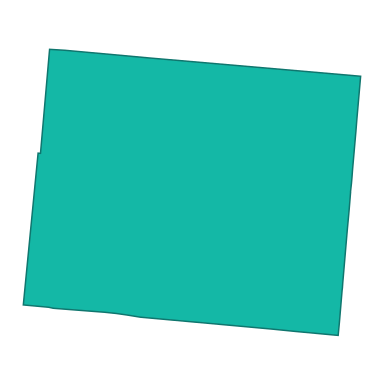 outline of Baca, Colorado, United States of America, rotated 5°
{"feature_id": "52423323B14661971146918", "entity_name": "Baca", "entity_type": "district", "adm_level": 2, "iso_a3": "USA", "parent_name": "United States of America", "parent_adm1": "Colorado", "projection": "equal_earth", "projection_center": [-102.362, 37.319], "detail": "fine", "context": "isolated", "style": "filled", "palette": "teal", "viewbox_px": 384, "rotation_deg": 5, "n_neighbors": 0, "source": "geoboundaries", "source_scale": "gbopen_adm2", "svg_char_len": 741}
<svg xmlns="http://www.w3.org/2000/svg" viewBox="0 0 384 384"><g transform="rotate(5 192 192)"><path d="M136.8,62.2L53.3,61.9L37.7,62.3L37.7,166.7L35.3,166.7L33.8,319.2L59.2,319.3L63.8,319.9L64.2,319.9L66.0,319.9L107.7,319.5L115.3,319.4L120.5,319.5L127.0,319.6L132.6,319.9L138.0,320.2L151.3,321.2L255.2,321.5L283.9,321.6L299.8,321.8L307.1,321.9L346.4,322.1L350.1,322.1L350.2,309.4L350.2,307.0L350.2,306.4L350.2,305.5L350.2,305.3L350.1,276.7L350.2,274.5L350.1,269.3L350.1,262.6L350.0,216.0L350.1,200.3L350.1,195.5L350.0,178.3L349.9,178.2L350.1,169.4L350.1,163.7L350.0,155.4L350.0,145.5L350.0,131.7L350.0,117.1L349.9,105.4L349.9,103.1L349.9,96.4L349.9,76.5L349.9,62.0L136.8,62.2Z" fill="#14b8a6" stroke="#0f766e" stroke-width="1.5"/></g></svg>